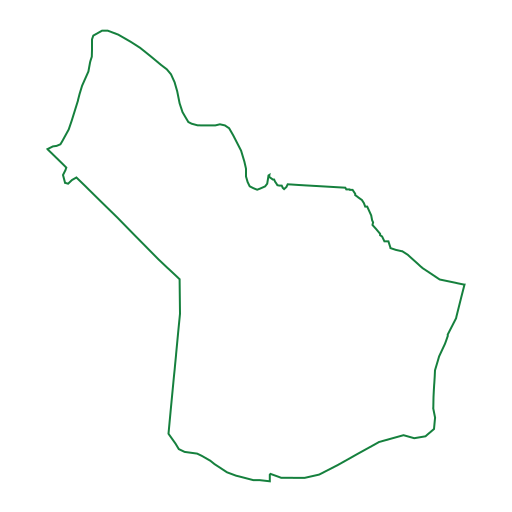 the district of Basse, Upper River, Gambia
{"feature_id": "56634734B15786085247071", "entity_name": "Basse", "entity_type": "district", "adm_level": 2, "iso_a3": "GMB", "parent_name": "Gambia", "parent_adm1": "Upper River", "projection": "equal_earth", "projection_center": [-14.209, 13.292], "detail": "fine", "context": "isolated", "style": "outline", "palette": "green", "viewbox_px": 512, "rotation_deg": 0, "n_neighbors": 0, "source": "geoboundaries", "source_scale": "gbopen_adm2", "svg_char_len": 2748}
<svg xmlns="http://www.w3.org/2000/svg" viewBox="0 0 512 512"><path d="M269.4,174.9L268.5,175.5L268.0,178.8L267.2,183.7L265.1,186.4L260.1,188.6L257.2,189.7L255.1,188.9L253.0,188.0L249.7,186.3L249.1,185.1L247.6,182.0L246.3,177.5L246.0,176.5L246.0,168.8L245.7,167.4L244.4,161.7L241.1,150.7L233.2,135.3L229.1,128.2L227.7,127.3L224.9,125.4L219.9,124.3L215.3,125.4L201.6,125.4L197.5,125.3L191.6,123.7L188.3,122.0L187.8,121.1L185.4,117.1L182.5,112.1L179.6,103.3L177.2,91.3L174.8,83.0L174.7,82.5L171.0,74.3L166.8,69.3L161.0,64.9L153.1,58.3L150.3,56.0L140.2,47.9L130.7,41.8L118.2,34.6L107.8,30.7L102.0,30.7L93.3,35.6L92.0,39.4L92.0,49.9L91.8,56.7L90.6,60.4L90.1,62.2L88.4,71.5L82.1,85.7L79.6,93.9L78.0,100.1L78.0,100.5L71.7,120.7L68.7,129.5L62.1,141.5L60.4,144.3L56.6,145.9L52.9,146.4L47.5,149.1L47.9,149.6L62.2,163.5L66.3,167.6L65.3,170.5L65.2,170.6L63.0,175.0L65.0,182.6L65.0,182.8L68.1,183.7L72.0,180.0L76.4,177.5L76.5,177.6L79.2,180.2L85.4,186.2L88.7,189.5L101.2,201.8L117.4,217.6L134.5,235.1L158.5,259.4L168.0,268.4L168.2,268.5L178.1,277.8L178.4,278.1L178.5,278.2L179.6,279.2L180.0,313.8L178.3,330.9L176.1,354.1L176.0,355.5L175.0,365.7L174.7,369.1L174.0,375.8L170.9,408.1L168.5,433.7L168.8,434.2L175.5,443.6L178.8,449.1L184.6,451.9L197.1,453.6L201.7,455.8L210.4,460.8L214.5,464.1L227.0,472.3L236.1,475.7L239.4,476.5L253.2,480.1L259.4,480.1L269.8,481.3L269.8,474.7L270.5,473.9L279.1,477.0L279.3,477.1L281.2,477.8L287.1,477.8L304.5,477.9L319.1,474.6L323.7,472.3L323.8,472.2L338.6,464.6L338.8,464.4L339.1,464.3L357.4,454.0L377.3,443.0L378.0,442.6L379.0,442.0L403.5,435.2L403.9,435.3L414.2,438.2L414.3,438.2L425.5,436.3L427.3,434.7L434.0,429.0L435.0,418.4L435.1,417.8L433.2,408.2L433.3,408.1L433.4,402.7L433.5,397.3L433.8,391.0L434.2,384.3L434.3,383.2L434.7,376.8L435.0,370.3L437.8,360.9L439.1,356.4L444.9,344.0L445.8,341.6L447.8,335.9L447.7,334.6L456.1,318.2L456.4,316.7L461.5,296.3L464.5,284.6L464.1,284.6L457.7,283.3L455.6,282.8L439.7,279.5L422.4,268.0L421.4,267.0L421.0,266.8L418.1,264.1L410.3,257.1L407.8,254.8L407.2,254.4L402.2,251.2L401.7,251.2L395.9,249.9L390.5,248.1L390.5,247.9L388.4,241.3L384.4,241.3L382.1,236.5L380.1,235.2L380.1,233.8L378.0,231.3L376.1,229.0L375.1,227.9L372.5,225.0L372.5,224.8L373.1,222.4L372.6,221.3L372.1,220.2L371.2,215.4L367.2,206.6L365.2,206.6L363.9,203.1L363.7,202.8L361.9,200.0L358.8,197.8L358.2,197.4L357.8,197.0L355.2,195.1L355.2,193.8L352.6,189.9L349.9,189.9L349.6,189.4L347.9,189.4L346.3,189.4L345.3,187.7L316.3,186.0L316.2,186.0L305.6,185.4L302.4,185.2L298.8,185.0L291.4,184.5L287.7,184.3L286.4,187.0L284.1,189.1L282.7,187.8L282.4,187.0L281.7,185.6L279.4,185.6L277.4,185.2L276.3,183.4L275.1,181.7L274.5,180.4L274.1,179.5L272.8,179.5L269.1,176.8L269.4,174.9Z" fill="none" stroke="#15803d" stroke-width="2"/></svg>